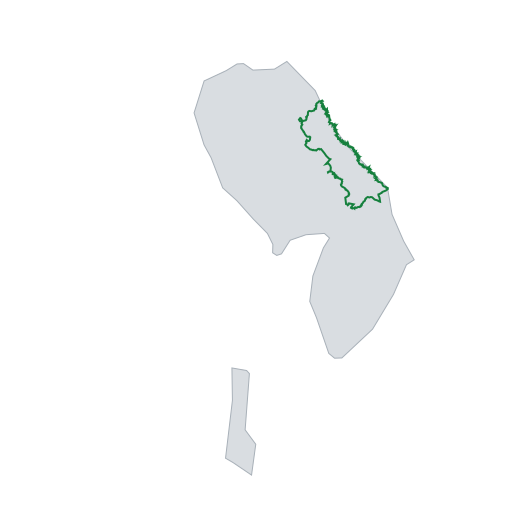 Jericho & Al Aghwar, West Bank, Palestine (highlighted), rotated 322°
{"feature_id": "87354302B18647900198549", "entity_name": "Jericho & Al Aghwar", "entity_type": "district", "adm_level": 2, "iso_a3": "PSE", "parent_name": "Palestine", "parent_adm1": "West Bank", "projection": "robinson", "projection_center": [35.498, 31.968], "detail": "fine", "context": "in_parent", "style": "outline", "palette": "green", "viewbox_px": 512, "rotation_deg": 322, "n_neighbors": 0, "source": "geoboundaries", "source_scale": "gbopen_adm2", "svg_char_len": 6801}
<svg xmlns="http://www.w3.org/2000/svg" viewBox="0 0 512 512"><g transform="rotate(322 256 256)"><path d="M400.1,121.7L404.5,162.1L396.5,196.7L395.8,226.9L401.7,283.1L388.8,307.0L381.5,335.2L378.3,356.4L369.2,355.5L340.7,370.9L302.8,385.4L260.9,389.2L255.0,384.9L253.4,377.6L265.7,341.8L270.4,324.9L288.5,306.8L314.1,291.1L325.0,287.1L323.8,280.3L308.5,270.0L292.6,264.6L277.4,270.0L272.7,268.3L271.1,263.7L276.4,257.3L278.9,245.3L276.6,225.2L275.0,200.7L271.7,181.8L281.1,151.0L283.5,136.4L295.3,105.1L322.9,86.1L346.7,91.6L359.3,93.0L364.6,96.7L368.0,107.6L385.6,120.1L400.1,121.7ZM168.1,329.4L178.1,340.5L178.4,344.6L140.4,386.3L139.9,404.2L117.6,425.9L110.6,404.3L107.5,396.6L148.5,355.3L168.1,329.4Z" fill="#d9dde1" stroke="#a8b0b8" stroke-width="1"/><path d="M403.9,174.3L402.0,173.8L400.9,172.9L399.7,173.3L398.7,173.0L397.1,173.3L396.9,173.8L395.9,174.2L396.1,174.8L395.3,175.3L395.3,175.7L394.4,176.0L394.0,177.0L393.5,177.0L392.8,176.2L391.4,177.1L388.7,176.0L387.3,174.5L386.1,174.4L385.3,174.9L383.6,176.9L382.8,176.9L381.5,177.9L381.0,177.5L380.2,179.1L378.8,179.7L376.3,178.6L375.7,177.6L376.1,175.2L375.8,174.5L373.8,175.0L373.6,176.9L374.5,177.8L374.8,178.9L373.4,179.7L373.4,181.0L371.5,181.5L371.2,182.3L370.4,182.8L370.1,187.1L370.2,187.3L369.9,187.5L370.0,188.7L369.6,189.9L369.6,193.0L370.3,194.0L371.8,195.0L371.9,195.8L370.0,197.6L368.7,198.0L367.6,197.4L367.4,195.8L365.7,196.6L365.4,198.0L363.3,198.7L363.2,199.1L363.2,200.9L363.8,202.8L364.3,205.4L365.0,206.0L365.6,207.2L365.9,207.6L366.4,207.6L366.9,208.5L368.1,209.3L368.3,209.9L371.0,209.9L371.7,210.4L371.8,211.3L373.1,211.8L373.2,217.0L373.0,220.4L373.5,224.3L374.2,225.5L367.8,226.6L370.0,227.5L370.1,230.5L369.4,232.4L367.0,234.9L365.3,234.3L364.3,234.2L364.2,234.5L365.3,234.4L367.4,235.8L367.9,236.6L368.0,237.4L367.2,238.3L368.0,238.6L367.6,238.8L368.1,239.4L367.6,239.5L368.2,240.1L367.6,240.9L368.1,240.9L368.1,241.3L368.5,241.4L368.4,241.8L368.7,242.1L367.1,243.0L365.8,242.9L366.9,243.5L367.6,243.5L367.8,243.8L368.6,243.7L368.9,244.0L369.0,244.3L368.6,244.8L369.0,245.3L368.9,245.6L369.8,246.6L370.0,246.9L369.8,247.3L370.8,248.7L370.2,248.9L369.8,250.5L368.8,250.9L368.3,251.7L367.7,251.8L367.3,252.2L366.9,252.0L366.5,252.7L366.5,254.1L367.8,257.1L367.4,258.8L368.0,259.1L367.8,260.0L368.3,260.6L368.2,263.2L367.5,263.9L367.7,264.4L367.2,265.0L366.5,265.0L366.1,265.5L362.3,265.0L359.1,270.3L359.4,270.5L359.1,270.8L359.8,272.1L359.7,272.5L360.9,272.4L361.7,271.8L364.8,275.4L361.1,276.1L360.5,276.5L361.0,277.7L361.6,277.5L362.3,278.5L362.7,278.7L362.8,279.2L363.3,278.7L364.0,278.6L364.4,279.0L364.3,279.5L364.9,280.0L366.7,280.2L367.7,281.2L368.2,281.0L368.8,281.5L369.5,281.4L369.5,280.9L370.0,280.6L371.0,280.9L371.3,280.1L373.2,279.9L374.2,279.3L375.2,279.6L376.0,279.4L377.1,278.4L377.8,278.6L378.6,278.1L380.4,278.3L381.4,279.7L382.8,280.2L383.7,281.3L384.2,284.6L385.7,286.6L386.7,288.9L387.2,289.6L389.3,286.0L389.8,283.7L390.4,282.8L391.7,283.3L392.9,283.3L393.7,283.7L394.9,283.3L398.7,284.4L401.0,284.4L401.7,283.6L401.5,283.1L400.6,282.5L400.8,281.4L399.9,280.4L399.4,279.2L399.4,278.3L400.2,276.1L399.0,273.9L398.0,272.9L398.3,271.8L398.0,271.5L398.4,270.9L397.9,270.8L398.0,270.3L397.5,270.0L398.2,269.8L397.9,268.6L398.2,268.8L398.6,268.5L398.8,268.8L399.0,268.3L399.5,268.2L399.1,267.3L399.2,266.8L398.7,266.4L399.1,266.3L399.0,265.8L399.5,265.1L399.0,265.0L399.1,263.9L398.8,263.4L399.5,263.2L398.4,262.5L398.5,262.3L399.0,262.3L398.9,261.9L398.0,261.9L398.3,261.0L398.0,261.0L398.0,261.4L397.6,261.2L397.9,260.4L396.9,259.8L397.5,259.6L397.1,259.2L397.5,259.2L397.6,258.7L398.1,259.0L398.0,258.1L398.4,258.5L398.4,257.7L399.1,257.9L398.7,257.2L399.2,257.5L399.4,257.4L399.0,257.1L399.2,256.8L398.7,256.1L399.6,255.5L398.9,255.5L398.3,255.0L397.4,255.3L397.6,254.6L397.4,253.9L396.0,253.1L396.6,252.4L395.7,252.0L395.8,251.7L395.5,251.1L396.2,250.8L396.3,250.3L395.5,250.5L396.0,249.6L395.5,249.4L395.6,249.0L395.0,248.9L394.9,248.0L394.4,247.7L394.5,247.0L394.2,246.6L395.0,244.5L394.7,243.9L394.8,242.8L395.4,242.6L395.9,243.2L396.0,242.3L396.6,242.3L396.3,242.7L396.6,242.9L397.4,242.6L396.9,242.2L396.8,240.9L398.1,241.2L398.1,240.8L397.4,240.3L397.7,240.0L398.5,240.5L398.2,239.9L398.8,239.6L398.7,239.1L397.8,238.9L398.7,238.0L397.8,237.6L398.5,237.3L397.9,237.0L398.4,236.9L398.0,236.5L398.4,236.0L398.0,236.1L397.4,235.1L397.9,235.4L397.9,234.9L398.5,234.7L398.2,234.6L398.3,234.1L397.8,234.1L397.6,233.7L397.8,233.2L398.7,232.7L398.0,231.9L398.5,231.7L398.4,231.3L399.2,230.9L399.2,230.5L399.0,230.0L398.4,230.3L398.3,229.7L397.9,229.4L397.7,228.8L398.0,228.6L397.7,228.2L398.0,228.0L397.8,227.6L397.5,227.4L397.0,227.9L396.4,226.7L396.6,226.0L397.0,225.7L396.7,225.4L396.7,224.9L397.0,224.8L397.1,224.4L397.8,224.1L398.0,223.5L397.4,223.9L397.4,223.2L396.7,223.7L397.0,222.8L396.5,223.5L396.1,222.6L395.9,223.3L395.3,223.0L394.9,223.2L394.8,222.8L395.2,222.2L395.0,222.3L394.7,222.4L394.1,221.8L394.7,221.6L394.4,221.0L395.2,221.1L394.9,220.8L395.3,220.1L394.8,220.2L394.6,219.6L393.9,219.3L395.2,218.6L395.2,218.0L393.8,218.0L393.8,217.7L394.3,217.7L394.3,217.4L393.4,217.4L393.8,216.7L393.5,216.3L394.2,215.4L393.7,215.4L393.3,215.0L393.8,214.9L393.9,214.1L393.4,214.3L393.0,213.9L393.8,212.4L393.1,211.2L393.2,210.9L393.7,210.7L393.4,210.0L394.0,210.2L393.9,210.6L394.2,210.8L394.4,210.7L394.5,210.0L395.4,210.2L395.2,208.1L395.7,208.0L395.9,207.6L395.6,207.7L395.3,207.2L396.4,206.7L395.5,206.7L395.4,206.4L396.0,206.3L395.4,206.0L396.0,205.7L395.4,205.4L395.4,204.8L396.1,204.9L396.3,205.5L396.6,205.3L396.5,203.4L397.3,203.8L397.4,203.5L396.9,202.9L397.9,202.7L397.4,202.3L397.5,201.9L398.1,202.5L398.9,202.3L398.2,202.1L398.9,201.5L398.2,201.3L398.8,200.5L398.4,200.5L398.2,200.0L397.1,200.1L397.7,199.6L397.4,198.8L397.6,198.3L397.0,197.8L397.0,197.5L395.8,197.3L396.5,196.8L395.9,195.4L397.3,194.7L398.2,194.8L398.5,194.1L398.2,193.6L399.2,191.8L398.9,191.0L399.5,191.2L399.9,190.6L399.1,190.2L399.8,190.0L400.1,189.5L399.9,189.2L399.7,189.2L399.5,189.8L399.1,189.4L398.8,190.1L398.5,190.0L398.8,189.7L398.2,189.6L398.4,189.3L398.2,188.9L398.3,188.5L398.8,188.6L399.1,189.0L399.7,188.3L399.6,187.9L399.2,188.3L398.4,188.0L398.3,187.0L399.0,186.9L398.5,186.5L399.1,186.3L399.6,186.7L400.0,185.9L400.9,186.5L400.8,185.7L401.3,186.2L401.7,186.0L401.5,185.2L402.4,183.9L401.7,184.0L400.9,183.4L400.5,184.0L400.2,183.0L400.6,182.8L401.1,183.2L401.1,182.4L400.5,182.1L399.9,182.3L399.5,181.3L400.2,181.1L400.5,181.7L400.7,181.2L401.4,180.9L401.2,180.2L400.4,180.8L400.2,180.2L400.8,179.5L400.0,178.9L400.5,178.6L401.1,179.4L401.7,179.4L401.5,178.4L400.6,178.4L400.5,178.1L401.4,177.8L401.9,178.2L402.3,177.3L401.8,177.2L401.9,176.7L401.5,175.8L402.2,175.8L402.2,175.1L402.7,174.6L403.4,174.4L403.9,174.7L403.9,174.3Z" fill="none" stroke="#15803d" stroke-width="2"/></g></svg>